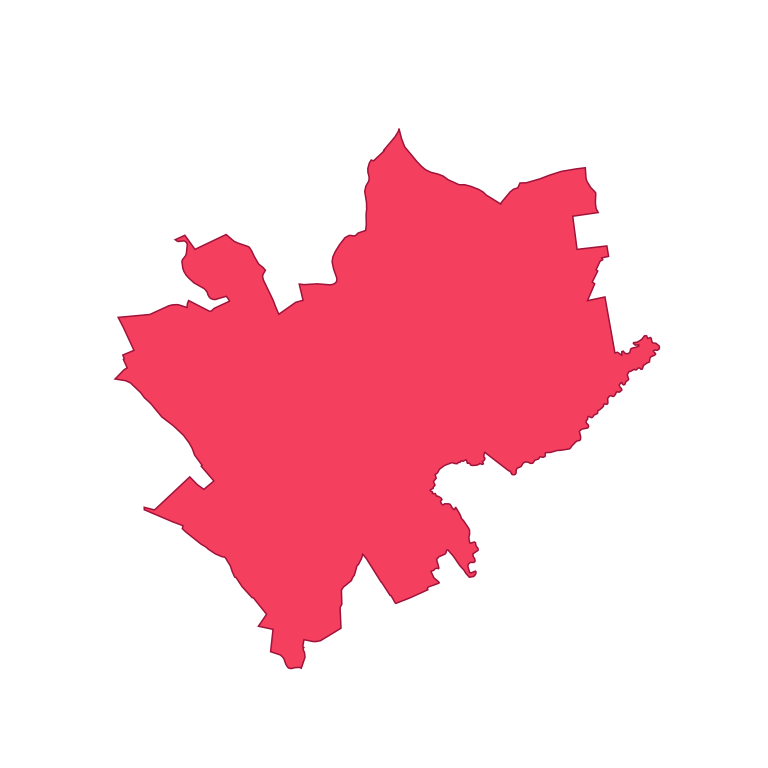 outline of Abramut, Bihor, Romania, rotated 337°
{"feature_id": "2599482B23166371444315", "entity_name": "Abramut", "entity_type": "district", "adm_level": 2, "iso_a3": "ROU", "parent_name": "Romania", "parent_adm1": "Bihor", "projection": "albers", "projection_center": [22.27, 47.34], "detail": "fine", "context": "isolated", "style": "filled", "palette": "rose", "viewbox_px": 768, "rotation_deg": 337, "n_neighbors": 0, "source": "geoboundaries", "source_scale": "gbopen_adm2", "svg_char_len": 6159}
<svg xmlns="http://www.w3.org/2000/svg" viewBox="0 0 768 768"><g transform="rotate(337 384 384)"><path d="M626.3,470.9L627.6,471.2L630.1,468.3L633.9,467.5L637.0,467.4L639.1,463.8L640.7,463.2L644.3,463.2L645.6,462.8L645.8,461.9L644.8,459.8L645.0,458.7L646.3,458.5L648.7,459.8L650.7,459.4L651.8,458.1L652.2,456.6L650.2,452.7L648.0,451.6L647.2,450.7L647.4,448.1L647.9,446.5L647.2,445.2L644.7,445.2L644.5,444.0L644.6,442.3L643.0,441.5L642.1,441.6L639.0,443.5L636.3,444.1L633.1,444.4L629.9,443.4L629.4,444.1L630.5,446.4L633.8,447.4L633.5,448.6L629.8,448.6L626.5,447.9L624.7,448.2L622.5,451.2L620.8,451.3L618.7,450.8L617.7,449.4L617.0,447.2L615.6,447.1L614.1,450.4L611.3,446.0L608.7,445.6L621.4,390.2L603.9,386.8L617.1,374.1L615.5,371.6L624.9,363.5L623.9,361.7L630.9,355.4L633.9,355.1L633.6,353.0L640.6,354.3L643.1,344.0L614.3,335.5L623.3,303.3L648.2,309.9L647.8,305.5L649.3,300.0L653.4,291.3L653.5,290.3L651.0,283.7L650.0,276.9L650.4,273.4L653.8,263.6L645.1,261.1L630.4,257.6L617.5,256.4L607.7,256.1L593.7,254.4L587.7,252.1L583.8,255.7L579.2,255.3L575.3,256.4L562.8,262.8L561.8,264.0L551.9,250.0L550.3,246.1L547.3,242.0L541.2,236.0L536.0,232.0L531.1,230.0L522.9,221.1L519.7,215.7L515.8,211.9L509.9,207.5L506.0,203.0L503.6,198.4L501.3,192.4L495.7,173.7L496.0,165.2L497.6,154.7L495.9,157.1L490.5,160.9L475.1,168.7L475.4,169.4L461.6,174.5L459.7,172.8L456.8,174.9L453.3,179.3L451.8,183.2L451.4,186.5L450.8,188.6L449.4,191.1L444.6,194.8L441.5,199.2L438.8,210.1L436.3,216.4L433.9,220.6L429.9,230.5L427.1,235.5L419.2,234.9L415.6,236.3L413.8,235.8L411.6,234.3L409.7,233.6L405.2,234.1L397.5,238.4L391.1,242.9L386.7,246.9L384.0,251.1L382.6,258.1L381.9,268.2L381.0,270.3L379.7,271.6L378.1,272.1L375.9,272.3L373.0,271.6L361.9,265.8L349.3,261.3L345.0,258.9L342.2,275.3L334.7,274.3L314.4,278.7L314.4,270.5L314.7,263.6L313.6,241.0L314.3,237.5L315.5,235.8L319.3,233.0L318.2,229.6L315.5,224.6L314.4,215.8L314.2,210.0L313.6,206.2L313.0,204.7L304.3,196.9L301.6,193.8L297.1,184.7L262.6,186.2L258.8,169.3L248.2,169.6L249.6,171.8L250.4,172.5L255.5,174.0L256.6,174.8L257.4,176.5L257.5,178.6L253.1,186.6L251.5,188.4L247.2,190.7L245.8,192.3L244.0,199.0L243.8,202.1L244.4,206.5L245.8,210.5L248.7,216.8L256.0,226.3L257.1,230.4L256.8,233.3L257.1,235.6L257.8,237.5L259.5,239.2L261.5,240.3L273.0,241.6L273.8,244.1L274.2,247.4L257.2,248.0L253.6,249.3L251.9,249.0L236.8,230.8L234.6,233.0L232.5,236.6L226.2,231.1L224.2,229.9L220.2,228.5L216.7,227.9L195.6,228.5L165.3,218.8L166.2,230.3L167.0,255.3L154.9,255.3L154.8,259.2L153.7,259.5L153.9,268.8L150.3,269.3L138.4,274.3L147.3,279.9L151.0,283.8L156.6,296.7L158.1,303.0L161.6,310.7L166.6,327.5L173.8,340.1L179.4,352.9L181.6,362.0L182.3,368.6L181.9,375.4L184.8,387.8L183.6,388.2L189.5,406.8L177.0,410.6L172.9,403.8L168.9,393.6L124.3,410.0L123.2,410.0L115.1,403.8L114.2,406.1L136.1,428.8L143.0,435.3L143.6,436.0L141.8,438.3L143.9,443.1L152.9,459.7L156.4,464.5L157.8,467.5L162.4,474.5L167.4,479.7L169.7,481.1L170.2,482.6L171.5,491.4L171.0,497.2L171.1,502.7L171.3,503.7L172.2,504.3L174.2,515.2L179.1,529.2L180.2,529.7L185.9,550.1L173.7,557.9L186.0,566.5L175.0,586.1L182.7,592.9L184.0,595.7L184.5,598.0L184.1,603.8L184.7,607.1L185.3,608.3L187.4,609.7L191.1,610.3L195.6,611.9L196.8,613.3L204.5,604.7L205.8,600.5L205.9,596.6L206.6,595.1L207.7,595.6L206.8,594.4L206.8,593.7L210.4,588.1L218.0,593.3L220.3,594.4L225.1,595.5L249.0,592.0L255.4,574.8L256.5,572.3L259.1,570.3L264.3,557.1L267.2,555.1L277.2,552.2L279.1,550.2L282.1,548.3L288.1,540.8L290.0,540.1L295.0,536.0L297.9,532.4L299.5,537.6L304.0,565.5L304.3,565.6L307.0,581.1L307.8,581.6L308.8,589.9L309.2,590.6L325.1,591.0L344.0,590.5L344.1,588.9L345.4,588.2L356.8,588.8L357.2,588.3L356.8,587.0L354.2,582.0L354.0,574.9L357.0,574.9L358.9,574.0L360.3,574.1L362.1,575.3L362.6,574.9L363.1,572.0L363.8,566.1L366.9,564.5L373.9,564.4L375.3,563.4L376.8,561.4L377.3,561.4L377.9,561.6L380.5,569.3L382.9,581.1L384.8,586.4L385.4,590.3L387.1,595.3L391.4,596.2L393.6,595.2L394.7,594.1L395.3,592.7L394.9,591.9L390.5,591.9L389.2,590.9L390.0,584.3L391.3,582.8L393.6,581.9L397.0,583.4L398.6,582.7L399.2,580.4L398.7,577.6L399.5,575.1L405.7,573.8L406.3,572.3L405.5,569.0L406.2,565.8L405.4,564.7L401.0,564.2L401.0,562.9L402.2,558.3L404.2,555.6L405.7,551.7L405.3,548.3L403.7,540.5L402.9,538.5L402.7,537.0L403.0,536.4L402.9,533.1L401.9,525.8L401.5,525.6L399.9,527.1L399.2,526.7L398.5,524.9L397.9,520.7L396.9,519.7L393.2,518.0L391.0,518.3L390.7,517.9L390.0,516.4L390.2,514.1L392.2,513.0L392.1,511.5L389.9,508.4L388.5,507.6L388.4,504.9L385.8,503.7L386.4,502.4L386.3,501.9L384.9,500.5L385.1,499.6L388.5,499.3L389.2,498.1L391.2,497.3L391.6,496.3L391.3,494.6L391.5,493.1L395.3,491.1L395.6,487.5L398.6,486.7L401.5,484.3L402.7,483.9L408.0,482.6L414.9,482.9L416.2,483.1L417.8,484.7L420.3,486.0L422.2,485.2L423.3,485.8L425.0,484.9L426.9,486.1L429.8,485.7L430.2,486.7L429.8,488.6L429.8,489.6L431.7,490.2L432.2,492.6L433.5,493.5L437.5,494.9L439.9,495.1L441.0,494.5L443.0,496.4L443.8,496.5L444.4,496.1L444.2,494.1L446.5,493.3L447.8,492.1L447.9,491.4L447.4,489.9L448.7,487.6L450.1,486.3L464.8,512.5L466.1,513.7L466.4,517.1L467.2,517.9L468.5,518.4L469.6,518.4L470.7,517.7L472.2,514.7L473.7,513.6L478.0,513.5L481.1,511.2L483.1,511.0L484.8,511.4L486.5,512.7L487.7,514.3L490.0,515.0L493.1,513.1L497.1,513.4L499.0,511.9L502.0,513.7L503.9,513.6L504.7,512.5L505.3,510.9L506.0,510.4L510.8,512.1L517.2,512.8L521.2,514.2L529.4,516.2L530.7,515.8L532.7,514.4L539.1,511.8L541.6,512.4L543.0,512.1L544.4,509.6L545.3,504.1L546.5,503.3L548.9,502.9L554.3,504.1L555.8,503.1L556.0,501.3L555.1,499.3L555.1,498.1L555.8,496.8L557.5,496.2L558.8,493.9L559.8,493.8L561.7,496.0L562.9,496.1L565.4,494.6L568.3,494.6L569.3,494.2L570.5,492.0L572.2,492.1L576.0,490.9L577.3,490.2L578.1,488.9L578.9,488.4L581.1,489.7L581.9,489.6L582.7,489.0L584.2,484.7L587.0,483.2L588.2,483.4L589.9,485.0L591.1,485.0L593.2,483.8L594.8,482.1L597.7,483.5L600.6,482.5L600.8,481.1L599.9,478.5L600.1,477.1L600.7,476.4L603.0,475.4L603.5,475.7L603.5,477.2L604.0,478.3L605.4,478.6L607.7,476.3L610.2,475.8L611.1,475.1L611.5,470.6L614.2,468.4L616.2,468.7L620.1,468.2L620.7,469.2L622.0,469.6L623.6,468.8L624.9,468.7L625.7,469.4L626.3,470.9Z" fill="#f43f5e" stroke="#9f1239" stroke-width="1.5"/></g></svg>